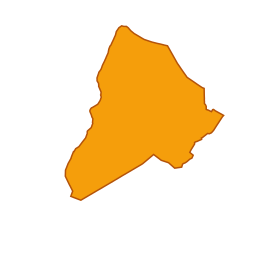 the district of Zabid, Al Hudaydah, Yemen, rotated 308°
{"feature_id": "15242507B385493666548", "entity_name": "Zabid", "entity_type": "district", "adm_level": 2, "iso_a3": "YEM", "parent_name": "Yemen", "parent_adm1": "Al Hudaydah", "projection": "equal_earth", "projection_center": [43.361, 14.273], "detail": "fine", "context": "isolated", "style": "filled", "palette": "amber", "viewbox_px": 256, "rotation_deg": 308, "n_neighbors": 0, "source": "geoboundaries", "source_scale": "gbopen_adm2", "svg_char_len": 2700}
<svg xmlns="http://www.w3.org/2000/svg" viewBox="0 0 256 256"><g transform="rotate(308 128 128)"><path d="M38.9,125.0L41.2,132.5L42.1,135.3L58.4,141.7L66.4,144.9L77.1,149.1L86.4,152.7L88.5,153.5L90.1,154.2L90.7,154.4L101.1,158.5L106.9,160.8L108.8,161.5L115.3,162.9L117.2,163.3L122.9,164.5L123.0,171.5L123.0,174.0L125.6,181.3L125.1,189.5L126.6,191.0L127.3,191.6L128.8,193.1L129.6,193.8L130.2,194.4L133.0,193.3L134.1,193.5L135.7,194.5L137.9,195.2L139.5,195.5L141.5,195.9L143.6,196.9L145.3,196.5L146.7,196.1L146.8,191.7L149.7,191.1L154.2,190.6L156.5,190.3L157.5,189.4L158.6,189.7L159.8,190.6L160.0,190.7L162.3,191.9L163.5,192.6L164.4,193.0L165.3,192.0L166.2,192.5L169.5,193.3L172.7,194.1L173.5,195.6L175.6,196.7L178.6,196.9L178.9,196.9L182.0,196.6L184.0,196.4L189.0,196.0L189.8,195.9L191.3,195.8L194.8,195.5L196.6,195.6L196.8,195.6L195.5,187.4L195.3,186.3L195.3,185.1L195.3,184.0L194.6,183.4L192.3,183.7L192.1,183.2L191.9,182.1L191.5,180.2L191.3,179.8L190.8,178.2L193.2,176.3L194.0,174.8L194.3,173.2L196.1,171.8L196.9,171.0L197.6,170.5L197.8,170.4L200.3,168.3L206.1,163.6L205.5,161.6L205.2,157.8L205.0,154.8L205.0,154.4L204.9,153.1L204.9,152.7L204.3,143.4L204.5,142.6L204.8,141.8L204.9,141.4L206.4,136.4L206.8,135.2L207.3,133.5L208.0,131.4L208.1,131.1L208.6,129.5L209.3,127.2L217.1,108.5L216.1,106.4L215.4,104.9L215.2,104.3L215.0,103.9L214.2,102.1L212.7,99.0L212.6,98.8L210.4,93.8L208.0,87.0L207.9,86.7L207.8,86.4L207.7,86.1L207.2,82.4L207.2,82.1L206.3,75.3L206.2,75.0L206.3,72.1L206.3,71.5L206.3,71.2L206.3,70.8L206.8,67.9L207.1,66.8L207.1,66.2L207.1,65.5L207.1,64.3L207.1,64.2L205.5,62.2L205.4,62.0L204.6,60.1L201.4,59.1L198.9,59.3L196.9,59.4L193.3,61.0L192.3,61.2L190.6,61.6L190.4,61.7L188.3,62.2L186.6,62.6L185.1,62.9L182.8,63.5L181.4,63.4L178.4,64.3L175.7,65.7L175.0,66.1L170.1,67.3L169.9,67.4L169.7,67.5L167.8,67.9L167.5,68.0L166.0,68.4L163.9,68.8L161.6,69.3L159.3,70.1L157.6,70.6L156.1,70.7L154.0,70.7L153.9,70.8L152.6,71.3L148.5,72.7L148.3,72.8L147.4,73.6L146.1,74.6L145.1,77.2L144.2,78.1L143.4,78.8L142.8,79.2L139.8,84.6L139.7,84.7L138.3,85.6L137.3,86.3L137.1,86.2L135.9,87.9L132.7,89.1L128.8,89.5L128.0,89.5L126.6,89.0L124.0,88.0L122.0,87.2L121.3,86.8L119.7,86.8L118.3,87.2L117.5,87.9L115.7,91.1L114.5,92.7L113.7,94.6L110.4,96.7L110.1,97.3L109.1,97.7L108.6,97.8L106.0,98.7L105.7,98.8L104.6,98.6L101.4,98.0L100.5,97.9L100.1,98.1L98.5,99.3L98.0,99.5L97.8,99.5L94.4,100.6L94.1,100.7L91.3,100.7L91.1,100.7L88.8,100.7L83.1,100.8L81.1,100.1L80.6,99.9L79.4,99.5L79.0,99.6L76.0,100.0L75.8,99.6L73.4,100.3L72.0,100.7L69.7,101.4L69.5,101.7L63.1,102.7L58.8,104.0L56.3,104.7L51.4,108.3L47.2,116.8L46.7,118.0L44.2,123.3L42.0,124.0L38.9,125.0Z" fill="#f59e0b" stroke="#b45309" stroke-width="1.5"/></g></svg>